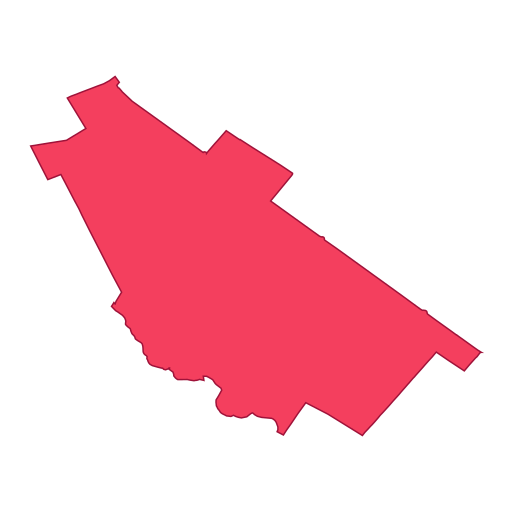 Berceni, Ilfov, Romania
{"feature_id": "2599482B94303323643725", "entity_name": "Berceni", "entity_type": "district", "adm_level": 2, "iso_a3": "ROU", "parent_name": "Romania", "parent_adm1": "Ilfov", "projection": "natural_earth1", "projection_center": [26.206, 44.313], "detail": "fine", "context": "isolated", "style": "filled", "palette": "rose", "viewbox_px": 512, "rotation_deg": 0, "n_neighbors": 0, "source": "geoboundaries", "source_scale": "gbopen_adm2", "svg_char_len": 3534}
<svg xmlns="http://www.w3.org/2000/svg" viewBox="0 0 512 512"><path d="M362.4,435.5L364.8,432.4L366.9,430.2L367.6,429.5L370.3,426.5L372.2,424.6L374.8,421.7L378.0,418.0L378.9,416.9L380.0,415.5L381.1,414.3L382.0,413.4L383.5,411.8L385.5,409.6L389.4,405.3L393.1,401.0L395.2,398.7L398.8,394.7L400.9,392.2L403.0,389.8L405.3,387.2L407.8,384.3L409.1,382.9L410.0,381.8L413.1,378.2L414.1,377.2L414.3,377.0L414.6,376.7L415.4,375.7L417.8,373.0L420.3,370.2L422.8,367.4L424.6,365.3L428.5,360.9L432.3,356.8L435.2,353.3L436.3,352.1L448.4,360.4L464.3,370.9L467.4,367.2L469.6,364.6L469.8,364.4L475.5,358.0L477.0,356.7L479.2,353.8L479.9,352.9L481.2,352.3L481.3,352.3L480.1,351.6L479.9,351.4L477.9,350.2L473.4,347.0L463.8,340.1L462.3,339.0L459.3,336.9L456.5,334.8L456.2,334.7L456.2,334.8L456.0,334.7L455.3,334.1L455.1,334.0L451.3,331.2L437.2,321.1L436.5,320.6L430.2,316.0L427.5,314.0L427.2,313.2L426.9,311.8L426.5,311.1L425.5,310.5L423.5,310.2L422.5,310.3L421.3,309.7L419.8,308.7L402.3,295.9L359.1,264.7L337.2,248.9L324.8,240.2L324.4,239.6L324.3,238.2L324.1,237.8L323.6,237.2L322.6,236.8L322.2,236.9L321.5,236.9L320.2,236.5L319.4,236.1L270.6,201.0L291.9,175.2L292.6,173.9L292.5,173.2L280.7,165.3L266.9,156.6L253.2,148.0L240.0,139.5L239.6,139.7L226.2,130.7L217.3,140.9L215.0,143.4L208.5,150.9L206.5,153.5L206.4,152.7L206.2,152.3L205.5,152.1L204.6,151.9L204.0,151.9L203.5,152.1L203.1,152.5L188.7,141.9L132.1,101.2L131.1,100.2L122.5,92.1L122.0,91.6L121.7,91.1L119.1,88.1L118.2,87.8L116.8,85.3L119.3,82.3L115.1,76.5L109.4,80.7L103.7,83.8L97.1,86.2L92.2,88.1L88.0,89.7L80.9,92.4L75.9,94.4L74.5,94.9L72.3,95.7L70.3,96.5L67.3,98.0L85.9,128.5L72.7,136.5L66.5,140.3L48.6,143.1L30.7,146.0L39.0,162.4L47.8,179.6L60.9,174.5L67.9,187.9L74.6,200.8L78.8,208.5L81.9,215.1L89.9,231.1L95.5,242.0L102.7,256.0L112.4,275.0L121.6,292.2L116.1,301.2L115.1,303.9L114.4,303.4L113.9,302.6L111.5,306.4L114.7,309.7L115.7,310.7L117.7,311.9L122.5,315.3L124.7,317.9L125.6,320.1L125.8,321.8L125.6,322.7L125.5,324.2L126.2,325.3L128.0,327.0L130.2,328.6L130.6,329.9L131.0,331.4L131.8,333.3L132.4,334.2L133.6,335.3L134.5,336.4L135.0,337.5L135.1,338.1L135.4,338.9L135.9,339.3L137.5,340.5L140.0,342.0L141.1,342.7L141.8,343.4L142.2,344.0L142.3,344.2L142.4,344.8L142.8,346.0L143.0,348.0L143.1,350.5L143.2,351.9L143.5,352.8L144.0,353.7L144.5,354.3L145.3,355.0L146.3,355.6L147.1,356.6L146.9,358.2L146.9,358.8L147.5,359.6L148.1,361.5L148.8,362.9L150.0,364.3L152.3,365.6L154.4,366.2L158.3,367.3L160.0,367.7L161.6,368.1L162.7,368.2L163.3,368.9L163.7,369.3L165.6,369.8L168.7,368.6L169.1,367.9L169.6,368.1L169.1,368.8L169.0,369.2L173.0,372.1L173.7,374.4L173.8,375.9L175.5,378.0L177.2,379.3L177.8,379.6L187.3,379.5L190.1,380.1L194.0,380.7L196.0,380.3L196.7,380.3L198.2,379.9L199.5,379.4L203.6,380.3L203.9,380.4L203.3,376.2L206.9,376.3L207.1,376.6L208.5,377.2L212.7,379.7L214.8,382.9L215.2,383.5L216.3,384.6L221.0,388.2L221.7,390.2L218.5,396.0L216.1,399.9L216.0,402.2L216.4,405.9L216.8,406.5L217.8,408.7L218.7,409.8L219.3,410.5L219.7,411.2L220.5,412.4L221.0,412.8L221.8,413.4L223.2,414.2L224.7,414.9L226.4,415.8L227.0,416.0L227.4,416.0L229.3,416.2L229.9,416.3L230.1,416.4L230.5,416.4L231.0,416.4L231.4,416.2L231.8,416.1L232.3,415.8L233.5,415.3L233.9,415.5L235.6,416.4L238.4,417.3L241.4,417.9L246.8,416.8L250.7,413.7L252.3,412.9L253.2,413.3L254.4,414.5L257.4,416.3L261.7,417.4L271.6,418.3L273.1,419.0L274.9,420.4L276.2,422.3L277.9,426.9L277.9,429.7L277.1,431.7L283.4,435.0L286.7,429.9L290.9,424.0L297.9,413.6L305.8,402.7L328.0,414.2L362.4,435.5Z" fill="#f43f5e" stroke="#9f1239" stroke-width="1.5"/></svg>